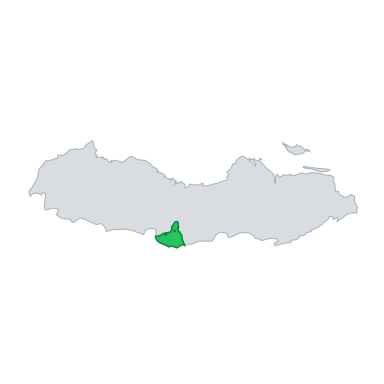 location of Åre, Jämtland, Sweden, rotated 262°
{"feature_id": "70781695B29171482831525", "entity_name": "Åre", "entity_type": "district", "adm_level": 2, "iso_a3": "SWE", "parent_name": "Sweden", "parent_adm1": "Jämtland", "projection": "albers", "projection_center": [13.184, 63.496], "detail": "fine", "context": "in_parent", "style": "filled", "palette": "green", "viewbox_px": 384, "rotation_deg": 262, "n_neighbors": 0, "source": "geoboundaries", "source_scale": "gbopen_adm2", "svg_char_len": 6346}
<svg xmlns="http://www.w3.org/2000/svg" viewBox="0 0 384 384"><g transform="rotate(262 192 192)"><path d="M130.3,267.4L131.2,270.4L133.3,270.0L134.2,267.9L135.3,261.6L134.1,254.5L136.0,252.1L137.2,248.2L140.0,247.1L143.8,242.6L144.2,238.0L145.1,234.6L142.0,224.3L141.8,221.7L146.5,220.4L148.5,213.6L145.4,209.1L140.5,204.9L142.4,191.7L140.4,184.5L140.7,181.5L140.5,176.8L141.7,175.0L139.5,168.1L141.8,163.5L141.4,161.0L147.9,151.7L152.1,149.9L159.9,151.3L161.7,147.5L161.7,145.5L160.9,140.8L156.6,138.1L161.2,129.5L164.6,121.1L165.1,113.0L165.9,109.6L164.8,101.8L169.5,100.7L173.6,97.4L172.8,93.1L181.3,79.5L181.5,77.2L180.7,75.0L178.4,71.0L178.9,69.1L181.2,67.9L182.3,66.1L183.7,59.8L188.2,54.6L193.6,57.5L195.4,51.9L194.7,44.3L196.5,43.3L210.6,46.8L212.6,43.8L210.1,42.5L212.1,39.2L212.6,37.3L212.6,35.1L212.4,33.9L210.2,31.3L214.4,30.5L216.8,31.5L217.2,33.2L227.5,40.9L235.4,43.4L237.8,45.6L239.0,48.2L240.2,48.2L242.0,50.6L243.6,51.8L242.7,53.8L243.4,57.9L244.1,59.8L243.9,63.4L246.5,63.9L247.2,66.0L246.2,68.4L246.8,70.8L251.2,77.6L250.7,80.1L250.9,83.2L249.8,85.6L249.9,88.0L250.7,90.9L251.4,92.2L253.0,93.0L256.7,100.5L254.3,101.4L252.2,100.7L247.9,102.4L247.0,103.7L243.1,101.1L241.4,103.2L239.9,101.8L239.2,104.5L239.3,108.1L237.7,108.0L238.5,109.3L236.4,110.1L236.3,110.7L236.8,111.5L236.3,112.6L233.3,113.4L233.1,114.6L234.1,115.9L234.2,116.8L232.1,115.7L233.7,118.1L234.3,119.9L230.9,127.8L232.6,129.6L234.2,133.7L235.7,135.4L235.5,137.4L231.5,142.6L229.8,150.1L224.6,155.6L221.8,157.1L220.1,160.7L217.7,159.9L217.9,161.9L216.3,160.8L215.3,163.9L213.5,166.7L211.1,166.4L210.9,166.9L211.7,167.6L209.1,168.5L208.5,171.2L206.6,172.1L206.3,173.0L208.4,173.0L208.1,175.2L205.9,176.5L205.2,177.9L204.2,178.0L204.3,176.9L202.8,177.0L202.2,175.9L202.0,176.2L203.2,179.7L202.6,181.2L204.1,182.4L200.2,186.2L197.5,185.1L197.3,186.1L198.0,189.1L200.4,191.3L199.1,193.0L198.1,200.1L199.4,204.2L196.4,203.5L196.7,205.1L195.9,207.0L196.4,209.7L196.2,211.5L197.0,213.1L196.7,213.9L197.6,221.5L198.7,224.7L198.5,227.3L199.8,228.6L202.5,228.8L203.5,230.9L206.7,229.4L209.4,233.4L214.3,236.6L214.2,239.0L217.3,240.5L219.3,243.5L220.2,246.1L220.1,247.8L215.9,252.6L212.6,255.9L209.0,258.0L209.2,258.7L211.1,258.9L215.4,256.4L216.8,258.1L214.5,259.2L214.2,261.8L213.3,263.5L203.7,270.1L202.5,272.0L198.2,275.2L190.1,275.4L188.9,276.1L196.0,276.9L197.8,279.0L194.5,280.6L196.2,285.6L195.5,286.9L195.7,292.6L194.5,292.7L194.1,295.1L195.0,300.7L195.7,302.3L195.5,303.9L193.8,307.9L194.6,312.4L192.8,320.9L190.4,325.8L188.7,332.4L186.6,334.7L183.9,333.4L180.0,334.4L172.9,334.3L172.0,335.0L172.6,337.3L170.0,337.0L165.6,342.1L165.4,344.5L167.4,349.2L165.2,352.3L160.3,351.6L153.8,353.5L147.9,352.0L148.7,350.4L149.1,344.2L142.6,331.6L145.7,332.9L146.9,332.2L145.1,328.1L147.7,327.8L148.5,326.4L148.0,324.0L145.9,322.9L144.1,319.2L142.1,317.2L138.8,309.7L137.6,304.6L136.5,305.0L135.5,299.1L133.8,298.2L133.5,292.2L131.6,291.5L130.4,288.8L130.3,283.6L128.1,282.9L128.5,280.4L128.0,271.3L127.3,268.4L128.0,266.3L129.2,266.2L130.3,267.4ZM225.5,292.3L224.5,292.9L224.1,294.6L222.5,295.6L222.7,300.8L224.3,302.6L222.8,303.6L222.0,306.4L219.3,308.5L218.3,310.4L217.9,313.0L215.6,314.5L217.0,310.6L214.4,306.4L214.9,304.8L214.3,299.7L218.8,293.0L221.0,292.0L222.1,292.6L222.4,291.0L223.1,290.6L225.5,292.3ZM195.6,330.5L194.4,331.6L193.9,330.1L193.8,324.1L196.2,316.8L197.4,316.1L200.3,306.3L200.6,305.6L201.8,306.1L201.0,307.1L201.2,308.8L199.3,314.1L198.9,317.5L198.2,318.3L195.6,330.5ZM226.3,290.2L226.2,291.6L224.9,290.6L225.9,288.8L228.4,289.0L226.3,290.2ZM217.4,253.2L216.1,255.6L215.7,254.7L215.9,253.6L217.4,253.2ZM215.0,265.3L214.2,265.5L214.7,263.9L215.7,263.4L215.0,265.3Z" fill="#d9dde1" stroke="#a8b0b8" stroke-width="1"/><path d="M156.8,165.8L156.5,165.6L156.2,165.6L155.8,165.3L155.6,165.2L155.3,165.0L155.1,164.7L155.1,164.2L155.3,163.8L155.3,163.4L155.3,163.0L155.0,162.7L155.0,162.2L155.2,161.9L155.1,161.6L154.9,161.3L154.6,161.0L154.3,160.9L154.1,160.9L153.5,160.8L153.1,160.6L152.9,160.4L152.8,160.0L152.8,159.7L153.2,159.6L153.5,159.6L154.0,159.9L154.3,160.2L154.6,160.5L154.8,160.8L155.1,160.9L155.2,160.7L155.3,160.5L155.3,160.1L155.2,159.8L154.9,159.6L154.8,159.3L154.8,158.8L154.9,157.8L154.8,157.2L154.4,157.2L154.2,156.9L154.1,156.7L153.8,156.4L153.7,156.1L153.7,155.8L153.8,155.3L153.8,155.0L153.6,154.7L153.3,154.2L153.3,153.7L153.2,152.1L153.2,150.4L153.2,149.7L152.8,149.6L152.2,149.5L150.8,150.0L149.3,150.4L148.7,150.8L147.9,151.5L147.4,151.9L146.8,152.4L146.6,152.7L146.3,153.0L145.7,153.9L145.3,154.9L144.9,155.5L144.4,156.1L143.8,157.0L143.3,157.8L142.9,158.3L142.7,158.8L142.5,159.3L142.4,159.6L141.8,160.5L141.3,161.0L141.1,161.3L140.9,161.5L140.8,161.8L140.8,162.2L140.9,162.4L141.1,162.7L141.1,163.0L141.2,163.3L141.2,163.6L141.4,164.0L141.3,164.4L141.0,164.7L140.8,165.2L140.5,165.8L140.4,166.1L140.3,166.5L140.1,167.0L139.9,167.4L139.5,167.9L139.3,168.2L139.1,168.4L139.0,168.6L138.9,168.9L138.8,169.1L138.8,169.3L139.0,169.8L139.2,170.0L139.3,170.3L139.4,170.5L139.5,170.7L139.7,171.4L140.1,172.4L140.2,172.6L140.5,173.1L140.7,173.5L140.8,173.9L141.1,174.5L141.2,174.8L141.3,175.2L141.3,175.5L141.1,175.8L140.7,176.3L140.4,176.9L140.0,177.3L140.7,177.3L141.3,177.2L141.8,177.1L142.5,176.8L143.4,176.5L144.5,176.3L145.1,176.1L146.2,175.8L147.5,175.9L149.0,175.9L150.8,175.8L151.3,175.5L151.7,175.0L152.3,174.5L152.7,174.3L153.1,174.5L153.3,174.7L153.6,174.6L154.0,174.3L154.5,173.8L155.0,173.6L155.4,173.4L155.7,173.2L156.0,173.0L156.1,172.9L156.7,172.9L157.5,172.8L157.7,173.0L157.9,173.4L158.1,173.5L158.4,173.1L158.5,172.9L159.0,172.9L159.2,173.2L158.9,173.5L159.3,173.8L159.9,173.8L160.2,173.9L160.6,173.8L161.0,173.7L161.7,173.7L162.0,173.7L162.3,173.9L162.6,174.1L162.9,174.1L163.2,174.0L163.5,173.7L163.9,173.6L164.3,173.6L165.1,173.7L165.2,173.8L164.6,172.6L164.7,172.3L164.8,171.3L164.5,170.7L164.4,170.7L164.0,170.4L161.9,168.6L161.3,168.2L160.9,167.6L161.0,167.6L160.9,167.6L160.7,167.4L160.4,167.3L160.2,167.2L159.9,167.1L159.6,167.0L159.2,167.0L159.1,166.8L158.7,166.8L158.4,167.0L158.0,167.0L157.7,166.7L157.4,166.5L157.1,166.2L156.8,165.8ZM155.4,170.1L155.2,169.9L155.2,169.7L155.3,169.7L155.5,169.5L155.6,169.4L155.6,169.2L155.7,168.9L156.0,168.8L156.3,169.0L156.3,169.4L156.1,169.6L156.0,169.8L155.9,170.1L155.7,170.3L155.5,170.2L155.4,170.1Z" fill="#22c55e" stroke="#15803d" stroke-width="1.5"/></g></svg>